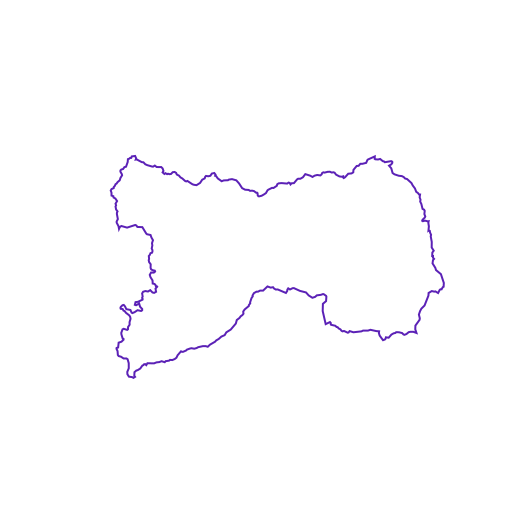 La Ceja, Antioquia, Colombia, rotated 58°
{"feature_id": "7082276B13386245967874", "entity_name": "La Ceja", "entity_type": "district", "adm_level": 2, "iso_a3": "COL", "parent_name": "Colombia", "parent_adm1": "Antioquia", "projection": "orthographic", "projection_center": [-75.43, 5.984], "detail": "fine", "context": "isolated", "style": "outline", "palette": "violet", "viewbox_px": 512, "rotation_deg": 58, "n_neighbors": 0, "source": "geoboundaries", "source_scale": "gbopen_adm2", "svg_char_len": 6116}
<svg xmlns="http://www.w3.org/2000/svg" viewBox="0 0 512 512"><g transform="rotate(58 256 256)"><path d="M294.4,424.5L294.4,422.6L293.1,422.7L290.1,420.6L289.7,418.1L290.1,416.9L290.1,413.8L288.7,410.4L288.9,409.3L288.5,408.5L288.9,407.3L290.4,406.9L289.4,404.9L293.0,399.4L293.5,396.7L294.7,394.3L295.2,391.8L297.7,389.7L297.3,388.4L298.7,385.2L298.5,384.0L299.9,382.1L300.3,379.5L300.1,377.4L298.6,375.0L297.1,370.1L298.1,369.5L298.6,368.6L299.1,365.4L298.8,364.2L299.5,361.0L300.0,359.6L301.9,357.5L302.6,355.1L302.7,353.3L304.3,348.8L305.8,346.4L307.4,345.0L306.8,342.0L307.0,336.1L306.5,334.5L306.6,331.6L306.0,328.1L306.5,324.5L305.0,321.6L305.0,316.4L302.6,308.9L300.1,306.2L299.8,302.9L299.0,300.9L298.9,298.9L298.3,297.2L296.5,296.4L295.9,295.4L295.3,293.8L294.6,288.6L293.8,288.0L293.1,286.0L292.2,285.6L289.3,282.1L288.5,280.2L287.7,279.9L286.4,277.5L286.5,274.5L287.3,273.2L287.5,270.9L289.1,268.3L287.9,262.4L290.6,260.3L291.5,258.1L293.2,257.9L294.9,257.0L295.9,255.3L303.2,250.2L302.1,247.9L301.1,247.2L300.5,245.8L302.4,244.9L302.7,242.0L303.3,240.9L308.9,237.2L313.4,232.9L317.4,232.2L321.3,230.3L322.0,227.5L321.6,225.3L323.3,221.6L323.8,219.3L324.3,218.8L326.9,217.7L327.7,217.8L331.4,220.5L332.0,224.6L338.0,228.6L350.7,233.0L351.2,228.3L352.5,228.1L353.2,228.7L354.1,228.8L357.2,225.7L358.9,225.3L359.6,224.5L361.2,224.3L362.9,223.3L364.8,223.1L365.8,222.5L366.2,221.1L369.7,218.8L369.9,218.0L369.3,216.4L372.3,213.8L375.8,206.5L376.0,204.7L378.6,200.6L379.2,198.1L383.5,193.7L385.1,191.5L386.4,192.6L389.0,193.3L394.7,192.9L395.1,191.0L394.8,190.0L393.8,188.9L395.6,186.8L394.4,182.8L394.5,180.3L395.1,178.6L394.9,177.5L396.4,175.2L398.8,172.9L400.7,172.5L401.5,171.9L401.9,169.8L401.5,166.9L402.1,165.2L403.6,162.8L406.3,160.7L402.6,159.8L399.5,157.7L396.8,151.1L395.6,150.1L392.0,148.9L389.7,146.1L388.3,143.7L387.3,139.3L381.0,130.8L378.8,129.2L378.9,125.5L380.7,123.7L381.1,122.6L383.9,121.2L382.0,118.0L382.1,116.9L382.6,116.3L381.4,114.1L381.5,113.2L378.4,111.0L369.4,108.8L363.3,110.8L361.1,110.2L355.8,110.2L353.3,108.1L352.8,106.5L351.2,106.8L349.8,105.9L349.4,106.6L346.5,104.6L345.7,102.5L341.9,102.5L337.2,99.5L331.9,97.4L330.8,96.3L328.5,96.0L326.7,95.3L326.0,95.8L326.0,96.4L322.5,93.7L319.2,92.3L318.0,91.2L317.8,91.8L315.6,93.9L314.9,96.1L314.2,96.4L313.5,95.5L312.9,92.6L312.2,91.5L309.7,91.0L307.1,89.0L305.8,88.9L304.3,89.8L299.5,88.2L296.8,87.9L295.5,86.7L292.9,86.1L290.8,84.3L290.3,85.1L288.4,85.3L286.4,86.1L283.0,85.4L279.2,85.7L276.5,85.5L270.8,87.1L269.3,88.5L267.3,88.9L265.5,90.0L263.6,92.4L260.1,95.3L258.0,96.2L253.3,94.8L249.9,95.3L250.0,92.7L249.2,91.0L248.2,90.5L247.2,91.1L244.7,97.1L243.5,97.4L242.8,98.2L239.5,99.3L238.8,101.4L237.2,103.6L236.5,103.9L234.5,102.5L233.5,109.9L233.7,110.8L235.4,113.2L234.2,116.9L233.1,118.7L233.9,121.2L233.0,122.9L234.6,127.7L236.6,129.2L236.6,131.2L235.1,134.2L236.4,138.7L236.4,140.3L235.5,140.5L234.6,139.9L234.2,141.3L232.7,143.1L229.4,145.0L227.0,145.2L226.0,146.0L225.4,147.5L223.7,148.7L222.6,150.6L221.6,153.7L220.7,154.6L220.7,156.0L221.5,157.0L221.8,158.7L219.7,161.2L218.9,163.8L218.9,166.2L216.7,167.4L212.7,170.8L214.1,174.5L214.0,177.4L212.8,179.3L212.8,180.6L214.3,185.2L213.2,187.3L213.6,188.8L211.9,188.7L211.0,189.5L211.1,191.2L207.7,195.7L206.4,198.3L206.4,199.9L207.5,201.2L207.6,205.1L206.7,206.3L206.3,210.4L206.4,211.4L207.9,214.2L208.0,216.5L207.9,219.3L207.1,221.7L206.6,222.3L205.5,222.4L203.5,221.4L202.8,221.6L202.5,222.3L199.9,223.3L198.5,224.7L197.6,226.5L196.1,227.2L194.0,230.1L191.1,231.8L185.5,231.9L181.4,232.6L178.1,235.6L176.8,238.6L176.9,239.6L174.8,243.3L174.4,245.5L170.0,247.3L166.9,247.5L166.3,248.1L165.6,247.2L163.5,247.4L162.7,249.8L163.8,252.2L163.1,254.2L161.6,256.0L161.9,257.1L163.0,258.4L162.8,261.2L164.4,264.7L164.4,268.9L162.8,270.8L161.5,271.9L156.0,274.4L155.8,275.6L155.0,276.3L151.2,277.4L149.3,278.4L147.1,278.7L144.9,280.0L143.2,279.7L141.6,280.5L140.8,282.2L141.4,284.6L140.7,286.1L139.6,287.0L139.5,288.0L137.8,288.9L137.9,290.2L135.6,290.9L134.8,289.4L132.3,288.8L130.4,289.2L127.9,293.1L125.7,293.9L125.7,295.8L125.2,296.6L121.3,300.1L119.5,301.3L116.9,301.8L115.9,303.1L110.9,306.0L110.5,306.9L109.8,305.9L107.1,305.5L105.7,308.6L106.7,309.8L106.1,310.8L106.3,312.1L106.0,313.3L108.3,315.0L111.4,318.9L110.9,320.5L111.8,322.6L111.3,324.4L111.6,325.6L112.6,326.3L115.5,326.4L116.6,326.8L117.9,329.5L119.6,331.5L120.0,334.3L120.7,335.8L120.7,337.1L121.7,338.5L122.1,340.0L123.0,340.7L122.7,343.0L123.5,344.5L125.7,345.0L128.2,346.5L129.7,345.3L130.9,345.8L132.7,344.8L135.8,344.7L137.2,347.4L138.9,347.8L139.6,348.9L142.4,350.0L144.8,349.8L145.5,350.9L146.6,351.7L151.5,353.6L152.9,355.9L153.9,356.5L157.9,356.8L160.4,357.8L159.3,356.2L159.2,354.3L163.6,350.3L165.7,342.0L166.7,341.3L168.5,341.2L171.3,337.1L178.8,337.2L179.8,336.9L182.3,334.3L185.0,334.9L188.0,335.0L190.0,337.4L192.1,338.3L194.4,340.5L196.1,340.7L197.4,341.5L198.1,342.4L197.7,344.0L198.8,345.5L199.2,346.9L201.8,348.2L202.7,349.2L204.6,349.9L207.2,349.7L210.2,351.7L211.7,352.0L213.1,351.3L214.8,349.6L215.6,349.7L216.0,350.8L215.7,351.9L214.4,353.7L215.7,356.1L218.0,356.7L221.9,356.7L224.6,358.2L225.9,356.9L227.1,356.6L228.5,356.9L229.0,356.2L229.7,356.1L230.4,358.5L233.4,359.7L233.3,361.9L232.1,363.1L228.9,363.8L228.9,366.4L227.1,368.4L226.5,370.7L227.4,372.4L230.3,373.6L231.2,374.8L232.4,374.9L232.9,375.4L232.3,380.4L231.3,382.6L233.2,384.6L234.2,383.8L234.4,380.3L237.6,381.2L240.6,380.6L241.6,381.2L241.8,382.0L241.7,382.6L239.2,385.2L239.3,388.7L238.9,391.1L238.1,391.5L235.2,391.1L232.4,394.1L229.3,393.8L227.4,394.1L227.0,395.3L227.5,397.6L228.2,398.5L229.1,398.7L230.3,397.2L232.1,397.3L233.1,396.6L235.2,396.4L239.3,394.9L241.1,395.0L242.8,395.7L245.1,398.3L247.3,399.6L248.4,402.1L250.3,403.4L250.4,404.4L247.6,406.8L247.5,408.1L249.8,411.0L251.2,411.7L255.3,412.8L256.1,412.3L256.8,412.7L257.4,415.5L256.7,418.4L260.5,421.4L260.1,422.9L260.8,423.5L263.3,423.8L266.7,425.6L268.1,425.5L269.8,423.9L272.7,422.6L274.2,420.2L275.5,419.6L279.4,420.7L283.8,423.4L286.1,426.6L288.1,427.7L291.0,427.7L293.1,425.2L294.4,424.5Z" fill="none" stroke="#5b21b6" stroke-width="2"/></g></svg>